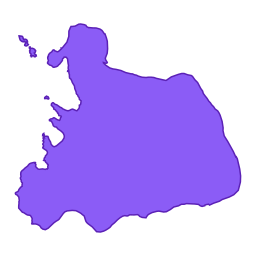 outline of Nyamagana, Mwanza, United Republic of Tanzania
{"feature_id": "72390352B17873975087440", "entity_name": "Nyamagana", "entity_type": "district", "adm_level": 2, "iso_a3": "TZA", "parent_name": "United Republic of Tanzania", "parent_adm1": "Mwanza", "projection": "albers", "projection_center": [32.9, -2.576], "detail": "fine", "context": "isolated", "style": "filled", "palette": "violet", "viewbox_px": 256, "rotation_deg": 0, "n_neighbors": 0, "source": "geoboundaries", "source_scale": "gbopen_adm2", "svg_char_len": 5527}
<svg xmlns="http://www.w3.org/2000/svg" viewBox="0 0 256 256"><path d="M66.9,42.2L62.2,48.0L61.1,48.0L61.3,48.9L58.4,51.5L57.3,51.8L55.1,50.9L54.6,50.7L54.3,50.1L53.4,49.9L52.7,50.3L51.9,51.7L49.5,53.4L48.4,55.2L48.2,56.6L47.9,56.7L47.7,57.3L47.8,58.8L48.4,60.5L48.1,61.5L47.7,62.1L47.8,62.7L47.5,63.0L47.8,63.6L48.5,64.0L49.5,65.0L51.0,65.4L52.4,66.3L53.0,67.1L53.9,67.3L56.3,66.7L57.6,66.1L58.6,64.9L59.7,64.0L62.1,60.9L62.4,60.4L62.5,58.9L63.8,57.8L64.1,57.1L66.1,57.2L67.5,58.7L68.1,63.5L68.5,65.5L68.2,67.1L68.2,69.0L68.6,69.8L68.7,70.8L67.7,70.8L67.6,71.4L68.7,71.3L69.1,74.0L69.4,74.5L69.4,76.7L69.6,78.1L70.7,78.9L71.7,80.7L72.3,82.5L74.4,85.9L74.8,88.7L76.1,91.9L76.3,93.6L76.8,94.3L77.5,94.8L78.2,96.6L79.1,97.5L79.4,99.4L81.1,100.9L80.7,104.0L80.4,104.7L79.3,105.2L79.4,107.1L79.2,107.7L78.9,108.5L77.0,110.7L76.4,110.7L72.7,109.1L71.3,109.4L69.7,110.3L68.0,110.8L65.9,110.3L62.7,108.8L61.5,107.7L60.3,107.3L56.8,104.8L54.9,104.2L53.4,102.8L52.7,102.7L51.8,103.4L51.4,104.0L51.3,105.3L53.7,107.7L53.7,108.6L53.9,109.2L55.3,109.8L56.6,111.6L57.7,112.5L57.6,113.1L58.4,113.9L58.9,115.6L61.0,116.0L61.3,116.7L60.5,117.8L60.0,119.8L59.5,120.4L57.3,119.7L54.5,117.9L53.9,117.7L53.1,118.0L52.7,118.6L50.5,119.0L49.4,119.8L49.4,120.4L49.5,120.7L50.0,120.8L50.2,120.5L50.8,121.1L51.3,121.1L52.6,123.5L53.3,125.7L54.5,126.7L56.6,127.2L57.6,128.7L60.8,130.9L62.8,132.7L63.6,134.0L64.3,135.8L64.1,137.9L62.3,140.9L56.5,145.8L54.4,146.7L53.7,146.6L52.5,145.9L51.1,144.2L50.5,141.9L48.9,139.2L48.0,136.5L47.0,136.2L45.0,136.3L44.3,135.7L44.1,135.4L44.3,134.8L43.9,134.5L43.8,133.4L43.3,133.7L43.2,134.2L42.8,134.3L42.7,134.5L42.8,134.9L42.6,135.8L43.7,136.2L44.2,137.5L43.8,137.3L43.1,137.8L43.1,138.3L43.2,138.6L43.6,138.6L43.7,139.8L42.8,140.9L43.7,141.4L43.7,142.5L42.9,143.7L42.8,144.5L43.5,145.2L43.5,146.4L43.3,147.0L42.8,147.2L42.8,147.7L43.0,148.2L46.3,150.4L47.0,151.2L47.4,152.2L47.4,152.9L46.9,154.3L45.3,156.1L45.2,157.1L44.2,158.2L44.2,159.7L43.6,160.3L44.0,160.6L45.2,160.7L45.4,161.7L46.0,162.5L47.1,163.4L47.1,163.8L47.6,164.4L48.1,164.5L48.2,165.5L47.7,166.1L48.0,168.1L47.6,168.2L47.2,169.1L46.4,168.9L45.3,169.4L42.6,168.9L39.1,169.3L38.0,169.0L36.1,167.1L35.5,166.1L35.8,165.3L35.9,164.4L34.9,163.3L35.4,163.1L35.5,162.6L35.2,162.4L33.6,162.5L30.8,163.2L29.5,163.8L28.3,165.1L27.7,166.0L24.7,168.3L23.6,169.5L22.1,170.6L20.9,172.2L20.7,174.4L21.0,176.6L20.4,177.8L20.4,178.7L21.2,180.2L21.2,181.4L21.8,182.5L22.3,182.8L22.3,184.0L22.0,184.9L22.1,186.3L20.4,187.4L19.9,188.3L19.0,189.3L18.3,191.0L18.0,191.5L16.0,192.4L15.4,193.0L15.4,193.7L15.8,194.4L17.0,194.9L18.8,197.0L19.3,200.7L18.9,201.7L19.0,203.2L18.7,205.9L18.7,208.1L22.3,212.2L23.8,212.7L26.5,214.5L27.6,215.0L30.0,215.3L31.0,216.3L32.2,218.6L31.9,221.0L32.4,222.1L31.7,223.2L32.0,224.0L33.0,223.8L33.0,224.0L33.6,224.0L35.2,223.9L37.3,224.4L39.4,225.5L40.1,226.2L41.3,228.1L42.0,228.4L42.5,229.0L45.3,229.7L48.2,228.2L53.9,222.8L56.4,221.0L57.9,220.2L59.2,219.1L63.2,213.6L64.8,211.9L67.2,210.9L72.3,210.4L76.0,210.7L79.4,212.4L81.3,213.6L82.1,214.4L84.2,216.0L85.8,221.1L86.7,222.5L88.1,223.8L92.3,226.9L96.6,231.7L100.5,232.0L103.7,231.1L105.8,230.1L108.5,228.4L110.0,227.3L112.0,224.8L114.4,222.9L117.5,219.8L120.1,217.7L122.6,216.2L124.8,215.6L126.2,215.9L127.8,215.9L129.7,214.8L134.0,214.9L137.5,214.6L138.8,215.3L139.7,216.4L142.1,217.4L146.0,217.8L146.6,216.6L148.3,214.5L152.0,212.6L156.9,211.3L158.9,211.1L163.7,212.0L166.4,211.7L170.4,209.5L173.8,207.0L178.6,205.8L181.3,204.3L184.4,204.2L186.4,203.6L194.7,204.0L198.5,204.4L200.3,205.8L202.1,206.4L204.8,205.7L204.9,205.1L206.3,204.6L208.6,204.2L209.5,205.1L213.6,203.2L219.5,201.2L222.2,199.5L229.3,197.0L233.8,194.7L238.3,190.3L240.4,182.0L240.6,175.9L239.7,169.0L237.3,158.8L236.2,156.7L235.8,157.0L233.3,151.5L227.8,141.6L224.2,135.9L223.0,130.6L223.1,127.8L222.1,121.4L220.1,115.2L219.0,112.9L217.7,110.9L215.1,109.0L213.6,106.7L211.6,104.7L210.4,102.8L208.9,101.3L207.0,98.3L205.0,95.8L203.4,93.6L202.6,91.4L202.7,91.2L200.7,88.4L197.6,82.5L194.8,79.7L192.5,76.4L191.3,75.5L187.7,74.8L184.1,73.5L181.7,73.5L178.3,74.4L171.3,76.9L166.2,80.4L165.6,80.4L156.5,78.4L153.9,77.5L150.9,77.2L148.3,77.2L146.1,77.5L142.0,77.2L138.3,76.1L136.5,75.2L134.2,74.7L132.6,73.9L130.9,73.8L125.8,72.6L120.9,70.5L116.2,69.4L112.8,68.9L109.7,67.9L105.6,65.1L103.5,63.0L103.4,62.5L105.5,63.2L106.4,63.2L107.1,62.9L107.3,62.4L105.8,60.1L105.3,58.2L107.2,53.3L107.6,48.9L107.3,41.2L106.4,37.9L105.0,33.9L104.4,33.9L102.5,31.1L101.8,30.3L100.0,29.1L96.2,28.0L92.3,27.9L89.6,27.6L88.8,27.7L86.7,26.7L85.9,25.3L84.1,24.6L80.5,24.0L78.7,24.2L75.2,26.1L71.8,26.5L71.1,26.4L70.5,27.3L68.9,31.1L68.8,36.4L66.9,42.2ZM30.6,48.5L30.1,46.9L29.4,47.0L29.3,48.0L30.1,49.5L30.1,50.2L29.6,50.6L29.6,51.1L29.9,51.3L29.8,52.8L31.1,54.1L31.1,54.6L30.6,55.8L31.2,56.2L31.3,56.8L31.7,56.8L32.2,55.8L32.6,55.7L33.7,55.8L34.2,56.7L35.2,56.8L35.7,56.0L36.3,56.0L36.2,55.0L35.1,54.5L34.3,53.0L35.0,52.7L35.7,50.9L35.1,50.6L35.1,49.9L34.7,49.4L33.6,48.7L32.1,48.2L30.6,48.5ZM20.2,35.9L19.0,35.9L19.8,39.0L20.4,40.3L22.0,41.5L22.7,41.6L23.1,41.9L24.7,41.5L25.2,41.9L25.4,42.3L25.3,43.8L24.7,44.7L24.7,45.4L25.7,45.9L26.3,46.0L27.6,45.4L28.4,44.6L26.4,42.3L26.6,42.0L27.2,42.2L27.6,42.0L27.3,40.8L27.0,40.2L26.5,39.6L25.4,39.2L24.8,39.3L24.7,39.6L23.6,39.7L23.8,39.0L23.0,38.2L23.0,37.4L22.5,36.6L22.2,36.5L21.8,36.1L20.8,36.3L20.2,35.9ZM48.9,98.3L48.0,96.7L46.9,96.5L46.9,96.3L46.5,96.1L44.8,97.4L44.6,98.0L44.7,98.6L46.2,98.6L46.7,98.4L47.9,99.0L48.6,99.0L48.9,98.3Z" fill="#8b5cf6" stroke="#5b21b6" stroke-width="1.5"/></svg>